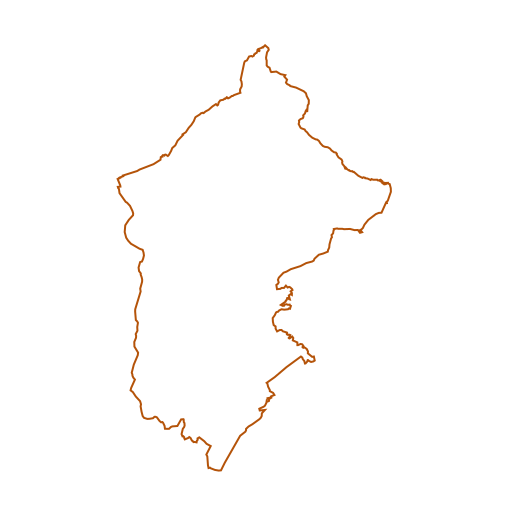 the district of Panatau, Buzau, Romania, rotated 352°
{"feature_id": "2599482B60212068774024", "entity_name": "Panatau", "entity_type": "district", "adm_level": 2, "iso_a3": "ROU", "parent_name": "Romania", "parent_adm1": "Buzau", "projection": "natural_earth1", "projection_center": [26.419, 45.304], "detail": "fine", "context": "isolated", "style": "outline", "palette": "amber", "viewbox_px": 512, "rotation_deg": 352, "n_neighbors": 0, "source": "geoboundaries", "source_scale": "gbopen_adm2", "svg_char_len": 6091}
<svg xmlns="http://www.w3.org/2000/svg" viewBox="0 0 512 512"><g transform="rotate(352 256 256)"><path d="M179.5,459.4L181.0,459.2L181.6,459.9L185.5,462.1L189.2,463.3L191.5,463.4L196.3,456.4L215.3,431.8L221.0,428.5L221.9,427.2L222.1,425.8L224.9,423.8L229.0,422.1L236.6,418.1L238.3,416.8L239.4,415.2L239.8,412.9L240.2,412.3L243.4,409.7L238.2,409.5L238.0,407.7L242.6,406.3L244.0,405.5L245.8,402.9L246.4,401.0L246.9,401.8L248.6,401.4L248.9,400.5L247.6,398.9L247.6,398.4L249.5,398.3L249.5,398.8L250.1,399.0L251.3,398.5L250.8,397.9L251.3,397.1L254.9,396.2L253.9,393.9L250.9,391.8L251.0,390.6L249.8,387.1L249.5,383.9L248.9,383.1L257.6,378.6L270.7,370.3L286.5,361.8L287.7,363.0L288.0,364.7L289.2,366.6L289.5,369.3L290.1,369.3L292.0,367.7L292.7,366.3L293.2,366.4L293.6,367.1L295.8,368.6L298.1,368.4L299.6,367.7L299.3,363.6L297.6,363.7L293.8,359.6L294.2,357.6L293.6,356.3L293.6,355.6L292.0,353.8L291.0,353.3L290.1,353.5L289.4,352.9L289.4,352.6L290.5,351.9L289.5,349.9L287.9,349.3L285.3,350.1L284.6,350.0L284.9,347.3L280.7,344.7L281.5,342.4L280.7,340.8L277.8,342.3L277.2,342.0L277.0,341.7L278.2,340.5L279.0,339.1L278.2,338.6L276.7,338.6L275.7,337.9L275.6,337.4L276.2,336.7L276.0,336.1L272.1,334.3L271.0,332.8L269.2,332.6L266.4,333.6L265.3,330.6L265.6,328.5L263.9,326.9L263.6,323.5L263.9,319.8L266.4,317.2L268.0,314.7L268.9,314.3L270.0,314.3L271.4,313.1L273.9,312.3L276.5,313.1L280.3,313.2L281.3,312.5L282.3,313.0L283.6,310.3L282.9,309.8L282.6,308.8L280.9,308.8L279.5,308.0L278.0,308.1L277.2,308.4L276.9,309.1L275.6,309.1L273.8,307.9L279.1,305.2L279.2,304.4L280.4,303.6L281.0,302.0L282.3,302.0L282.7,303.3L283.5,303.7L283.0,299.7L285.0,298.6L286.1,299.5L286.4,297.7L285.4,295.8L287.4,294.8L287.2,293.9L285.5,291.8L284.5,291.2L282.9,291.6L281.5,289.5L279.3,291.5L276.8,291.2L275.6,291.9L272.2,291.8L272.1,287.5L273.9,286.5L274.8,285.3L274.4,282.7L275.6,280.6L280.9,276.4L284.1,275.7L288.6,273.9L298.6,272.2L304.8,270.0L310.8,269.3L312.5,268.6L313.6,266.8L318.4,263.5L322.9,262.9L327.7,261.7L328.1,260.3L329.7,257.8L330.4,254.7L332.8,249.1L333.8,248.0L333.7,245.8L335.5,244.3L336.4,241.3L337.0,240.8L336.9,240.1L340.2,240.0L341.1,240.5L345.3,241.1L346.9,241.7L352.9,242.3L357.2,244.1L360.5,244.4L362.2,247.5L364.4,247.2L363.9,246.3L362.6,245.6L362.8,244.7L363.9,244.5L365.7,243.2L367.8,240.0L372.3,235.8L380.5,231.2L383.6,230.4L386.3,230.6L391.9,221.7L393.0,221.8L393.0,221.3L392.5,221.4L392.5,220.8L394.2,219.6L398.5,211.2L398.9,207.6L398.4,203.4L396.3,202.4L396.6,201.9L394.6,201.7L394.5,202.9L392.9,202.9L392.5,202.4L393.0,201.9L392.5,201.7L392.6,201.3L392.1,201.3L392.0,202.0L391.2,201.3L391.3,200.6L390.8,200.2L391.5,200.3L391.7,199.8L390.0,197.8L387.7,198.2L387.0,198.0L386.6,197.3L382.7,196.8L381.0,195.9L380.1,196.7L377.2,194.8L375.0,194.2L374.9,193.7L373.2,193.0L372.3,193.5L368.5,190.8L364.6,186.3L364.0,186.4L363.0,185.3L362.1,185.4L360.7,184.7L360.4,184.1L360.0,184.2L358.5,182.9L357.6,181.5L357.4,182.2L356.5,181.9L355.9,179.3L354.4,176.9L354.3,175.3L354.7,174.5L354.5,173.3L354.1,172.3L351.4,169.8L350.0,166.6L350.3,166.0L349.5,164.7L347.7,164.1L345.5,162.0L344.2,159.9L342.2,158.3L339.2,157.4L337.5,156.3L335.4,153.3L334.4,150.9L332.9,149.3L331.3,148.8L328.2,146.7L325.3,143.4L323.8,140.6L322.5,139.2L321.8,137.5L318.6,135.8L317.9,135.0L316.6,131.2L317.4,129.5L317.4,127.8L319.2,126.6L321.5,126.1L322.4,124.7L322.3,123.3L324.3,121.7L325.3,119.5L325.8,118.9L326.0,119.7L326.9,119.7L328.2,114.0L329.4,112.6L330.0,109.0L328.5,104.8L328.1,101.8L326.2,99.5L319.1,94.8L313.6,92.5L313.2,91.7L310.8,90.1L309.8,88.5L311.3,85.7L309.0,82.3L310.2,81.0L305.6,79.3L301.8,76.2L296.7,76.0L296.3,75.4L295.6,71.4L293.9,70.2L293.1,68.8L293.8,63.7L293.5,62.6L293.6,60.8L295.3,55.8L297.3,53.6L297.1,51.8L294.3,48.6L292.0,50.4L291.8,50.0L289.7,50.9L286.9,51.4L286.3,52.0L287.7,52.8L288.0,53.3L287.7,53.6L286.0,53.2L284.8,55.0L283.6,55.2L283.3,55.7L282.2,56.1L281.8,57.3L280.2,58.0L279.2,57.3L276.9,57.5L274.3,61.0L272.0,61.7L271.2,63.1L265.3,79.4L265.9,81.1L265.9,83.9L265.4,86.1L263.5,88.7L263.1,90.7L263.3,92.2L256.6,93.6L255.2,94.3L254.3,94.2L252.0,95.5L250.4,96.0L249.8,95.8L249.8,95.3L249.2,94.7L247.3,96.1L246.7,95.8L245.5,96.7L242.3,96.9L240.4,98.8L239.5,101.0L238.6,101.5L237.5,100.0L233.7,101.8L229.5,104.6L226.0,105.9L224.2,107.1L223.0,107.3L223.7,106.9L223.0,106.7L221.2,107.1L220.1,108.0L215.8,109.9L215.2,110.3L213.1,113.9L210.2,117.2L207.2,119.7L203.7,123.7L200.2,125.3L200.6,126.0L194.4,130.9L191.5,135.2L188.1,137.4L186.6,140.1L183.6,144.0L182.6,144.7L180.7,143.0L179.5,143.1L179.2,143.8L177.8,143.2L177.0,143.9L177.1,144.6L175.5,144.8L174.8,147.4L167.3,150.8L152.7,154.2L150.2,155.3L135.4,157.8L135.6,158.5L132.4,159.2L132.5,159.5L131.3,159.7L131.4,160.1L129.7,160.5L131.4,167.2L131.4,168.4L128.8,168.3L129.0,169.7L129.6,170.5L129.6,174.8L134.5,184.3L135.7,185.2L138.2,188.8L139.9,194.2L140.3,196.7L139.9,198.5L135.1,202.5L130.8,207.4L129.3,214.0L130.0,219.8L131.5,223.0L133.9,226.5L141.7,232.6L144.6,234.1L145.1,236.9L145.1,239.9L143.8,243.1L142.3,245.6L140.4,245.9L138.1,251.1L138.1,254.7L139.5,257.2L139.2,258.4L139.8,261.0L140.0,263.6L139.6,265.7L136.8,272.2L136.8,275.1L129.0,291.9L128.6,294.1L128.1,302.7L129.3,304.3L129.8,305.7L128.5,309.8L128.2,313.5L126.0,316.6L126.2,318.4L125.8,320.3L123.5,324.2L123.0,328.8L125.8,335.3L125.1,337.8L119.9,346.5L116.7,354.3L117.1,356.1L117.0,357.4L117.6,359.4L118.9,361.5L114.0,369.3L113.1,371.6L115.1,373.6L117.4,378.4L121.0,383.6L121.5,386.8L120.8,388.8L121.0,394.3L121.5,398.7L122.6,400.7L125.7,402.2L128.0,402.4L131.4,402.3L133.1,401.1L134.3,401.3L135.4,402.0L137.5,405.9L138.9,407.5L140.2,407.4L140.8,408.3L141.8,411.5L141.8,414.4L144.7,414.9L145.9,415.0L147.9,413.5L149.4,413.1L154.5,413.4L159.1,407.4L161.4,407.5L161.6,407.7L161.4,410.5L161.9,411.5L161.7,414.0L161.0,415.4L159.5,416.9L157.5,422.0L158.1,424.4L158.9,424.3L159.7,425.5L159.6,426.5L160.0,427.7L163.7,426.7L164.7,426.0L165.8,427.0L166.9,430.0L167.5,430.3L168.2,431.6L169.4,431.6L171.2,432.3L171.8,430.6L172.7,429.9L172.7,428.5L174.6,427.7L179.0,432.2L180.9,435.1L184.7,437.9L179.2,445.7L179.9,447.7L179.3,456.7L179.5,459.4Z" fill="none" stroke="#b45309" stroke-width="2"/></g></svg>